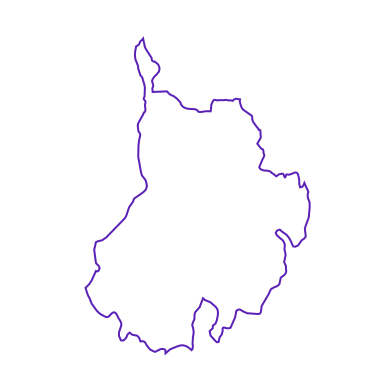 the border of Santander, rotated 354°
{"feature_id": "COL-1317", "entity_name": "Santander", "entity_type": "Department", "adm_level": 1, "iso_a3": "COL", "parent_name": "Colombia", "parent_adm1": "", "projection": "robinson", "projection_center": [-73.442, 6.936], "detail": "fine", "context": "isolated", "style": "outline", "palette": "violet", "viewbox_px": 384, "rotation_deg": 354, "n_neighbors": 0, "source": "natural_earth", "source_scale": "10m", "svg_char_len": 4782}
<svg xmlns="http://www.w3.org/2000/svg" viewBox="0 0 384 384"><g transform="rotate(354 192 192)"><path d="M177.6,89.3L179.3,91.6L180.1,92.4L181.3,93.4L184.0,94.9L186.8,97.6L189.5,101.2L189.9,102.0L190.0,102.6L190.0,103.1L190.2,103.5L191.3,105.6L192.2,106.5L193.9,107.7L195.5,108.4L197.7,109.0L203.8,110.0L205.9,111.3L206.5,112.7L207.6,113.1L209.8,113.4L213.6,113.1L216.8,113.4L218.9,113.7L219.3,112.7L220.4,107.0L222.2,104.0L223.2,102.9L224.0,102.7L225.4,103.0L225.8,103.2L226.4,103.5L227.1,103.6L229.2,103.5L232.8,104.0L235.4,104.0L236.5,104.2L237.3,104.5L237.7,104.7L238.2,104.8L239.6,104.8L240.3,105.0L242.1,105.6L243.1,104.6L245.4,103.8L249.5,104.9L249.1,106.1L249.0,106.7L249.0,107.5L249.7,111.6L250.3,113.4L251.3,115.3L259.5,122.5L259.7,124.4L259.5,126.0L260.1,128.6L263.4,134.4L264.7,136.0L264.7,136.8L264.8,137.1L266.4,137.8L266.1,145.1L262.0,150.8L263.5,153.2L264.0,153.9L264.8,155.3L265.2,155.9L265.9,156.5L267.0,157.1L267.2,157.7L267.3,158.7L267.2,160.6L267.4,161.6L267.7,162.3L267.8,162.9L267.1,164.6L265.6,166.8L261.5,174.3L262.2,176.1L262.6,176.5L265.6,178.1L268.3,178.5L271.0,179.3L272.0,179.8L273.2,181.3L274.5,182.2L277.5,185.2L279.4,184.1L280.2,183.6L280.8,183.4L282.3,183.4L283.0,183.2L283.8,183.2L284.6,183.6L285.1,184.9L285.6,186.8L285.9,187.2L286.5,186.8L286.8,186.2L287.3,185.0L287.6,184.6L288.1,184.4L288.7,184.5L289.6,184.8L290.6,184.9L293.8,184.2L295.0,183.7L295.8,183.5L296.6,183.4L297.6,183.6L298.3,183.9L299.0,184.9L299.4,186.3L299.8,189.3L299.9,191.4L299.5,195.2L300.0,198.6L302.1,198.4L302.7,197.9L303.5,197.1L303.8,196.5L304.7,194.7L307.7,203.9L306.8,206.7L306.6,208.4L306.7,210.3L307.9,214.7L307.4,219.7L305.5,229.4L301.2,238.2L300.4,240.3L300.5,247.9L299.5,249.4L298.3,250.3L296.1,251.4L292.0,256.2L288.9,257.2L286.9,256.6L284.7,250.0L283.4,247.3L281.6,244.5L277.6,241.0L275.5,238.7L274.4,238.7L272.2,239.6L271.0,241.5L271.9,243.9L275.4,247.8L276.5,248.7L277.5,250.0L278.3,252.0L278.8,253.8L278.0,258.7L278.6,264.2L276.3,271.4L277.7,275.4L277.4,277.8L277.5,280.2L277.2,281.5L276.4,283.0L274.6,284.6L273.3,285.2L271.3,286.5L269.3,292.8L267.2,294.4L263.7,295.4L260.6,296.7L259.1,298.8L257.9,301.1L249.4,312.6L247.8,318.9L246.6,320.2L244.6,320.2L234.1,318.3L230.5,316.2L227.7,314.1L226.4,313.7L225.7,313.8L223.7,314.8L221.7,321.3L216.1,331.1L213.2,331.4L209.4,330.1L208.7,330.3L208.2,330.8L207.9,333.7L206.6,336.9L204.3,339.4L202.8,343.9L201.4,344.1L199.9,342.9L195.4,336.6L195.0,332.2L196.0,331.5L198.4,329.7L198.5,329.2L198.8,327.0L201.4,325.6L203.1,322.6L204.8,317.3L205.2,314.7L205.2,312.4L204.8,310.9L203.4,308.5L198.8,303.6L193.6,300.8L191.9,298.8L188.3,305.8L187.8,307.1L182.9,311.6L181.7,314.0L181.1,318.7L178.9,322.6L178.3,324.8L178.8,326.9L179.0,329.5L178.9,332.5L177.8,336.3L176.7,342.8L176.7,345.6L176.4,346.9L176.1,348.3L174.9,349.2L174.0,348.0L171.8,345.9L169.7,344.5L167.4,343.6L164.9,343.3L161.3,344.0L153.9,346.1L148.8,349.7L149.0,346.4L148.3,345.7L147.1,345.1L145.9,344.9L143.9,345.1L141.7,346.0L140.7,346.3L139.4,346.9L138.1,347.0L134.1,344.5L131.5,340.8L129.5,336.5L128.3,335.5L127.1,335.2L125.1,335.2L124.0,331.1L122.5,329.2L117.7,327.7L115.2,325.3L113.0,327.0L111.5,329.8L109.9,331.3L108.5,332.3L107.7,332.5L105.8,332.1L104.4,327.6L104.5,325.6L105.1,323.1L107.8,317.2L107.9,314.9L107.0,312.3L105.8,310.0L104.4,306.1L103.4,304.4L102.1,303.5L100.6,303.7L99.1,304.6L96.2,307.1L94.6,307.5L93.5,307.3L92.4,306.8L91.5,306.2L90.5,305.4L89.0,304.5L87.4,303.1L85.0,300.3L80.6,292.6L78.9,286.6L77.8,284.1L76.8,280.2L76.7,279.1L76.1,276.2L80.0,273.1L82.9,269.6L88.2,260.5L89.4,261.1L90.6,260.7L91.5,259.6L92.1,258.0L91.9,256.7L91.2,255.3L89.3,253.1L89.0,251.4L88.7,239.5L88.9,238.5L90.3,234.8L90.5,233.7L91.2,231.9L93.0,231.2L97.6,230.6L101.9,228.3L122.8,210.8L124.3,208.5L127.8,200.7L132.6,195.1L133.3,193.1L134.3,192.2L143.6,187.1L146.4,184.7L147.8,181.3L147.3,176.0L146.3,174.0L145.1,172.2L143.9,170.2L143.4,167.6L142.2,151.1L143.0,145.6L143.0,145.1L143.7,139.8L145.0,134.4L146.3,130.8L146.5,129.6L146.3,128.2L145.2,126.4L145.0,125.1L145.0,120.1L145.6,118.2L151.9,109.2L152.3,108.0L153.8,107.2L154.3,105.3L154.3,100.9L154.5,99.7L155.0,98.5L155.2,97.3L154.7,96.1L153.7,94.4L154.0,93.3L154.7,92.3L155.0,90.8L156.0,83.5L155.9,80.6L154.5,73.0L153.9,71.8L152.9,70.6L151.3,63.0L151.6,61.3L149.6,54.2L149.5,51.7L149.6,49.3L150.4,45.3L151.6,41.8L151.5,41.5L153.8,40.3L154.3,40.1L155.3,38.7L156.0,37.3L157.0,36.2L158.2,35.7L159.4,34.3L160.1,40.7L160.2,42.5L161.1,45.1L165.8,54.4L165.9,56.7L166.4,57.5L166.9,58.0L167.4,58.2L168.3,58.3L168.7,58.5L169.0,58.8L169.9,59.8L170.4,60.2L171.1,60.9L171.4,61.4L171.8,62.0L172.5,64.2L172.5,66.6L171.7,68.8L168.6,71.9L167.1,72.9L166.6,73.4L164.7,75.6L164.1,76.9L163.9,78.1L164.3,80.0L164.5,81.3L164.6,82.5L163.9,83.9L163.4,84.7L163.3,88.4L177.6,89.3Z" fill="none" stroke="#5b21b6" stroke-width="2"/></g></svg>